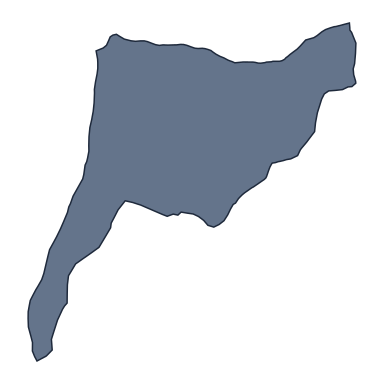 the district of Chhali, Mongar, Bhutan
{"feature_id": "84629894B6753037066473", "entity_name": "Chhali", "entity_type": "district", "adm_level": 2, "iso_a3": "BTN", "parent_name": "Bhutan", "parent_adm1": "Mongar", "projection": "equal_earth", "projection_center": [91.234, 27.295], "detail": "fine", "context": "isolated", "style": "filled", "palette": "slate", "viewbox_px": 384, "rotation_deg": 0, "n_neighbors": 0, "source": "geoboundaries", "source_scale": "gbopen_adm2", "svg_char_len": 2572}
<svg xmlns="http://www.w3.org/2000/svg" viewBox="0 0 384 384"><path d="M355.8,83.2L355.6,81.2L353.7,74.7L353.2,68.9L354.6,63.7L355.5,53.3L355.9,43.1L351.6,32.4L349.9,30.1L349.8,27.5L349.4,23.0L336.0,26.5L334.2,26.7L330.2,27.9L325.5,29.6L321.9,31.8L317.0,35.7L313.8,37.7L307.1,39.6L305.7,40.0L302.0,44.1L300.1,46.2L297.2,49.1L293.7,51.7L290.1,54.4L287.7,56.5L286.0,57.7L284.6,59.3L282.0,60.7L279.5,61.3L277.8,61.3L272.9,61.3L271.3,61.8L266.4,62.1L265.0,62.6L260.7,63.2L258.2,63.1L255.3,62.4L253.1,62.1L243.3,62.0L234.8,62.8L232.1,61.6L230.0,60.9L228.0,60.1L223.9,57.9L220.1,56.4L216.0,54.2L212.7,51.9L210.9,50.5L208.1,49.5L204.9,48.6L202.2,48.3L198.1,48.5L194.9,48.2L191.1,46.9L186.8,45.3L183.5,44.5L180.5,44.4L176.4,44.9L174.4,44.9L167.8,45.1L163.0,44.9L159.4,45.4L155.6,44.7L151.8,43.3L147.4,41.6L144.3,40.9L140.3,40.9L135.5,41.3L131.0,40.8L124.3,39.1L119.7,36.4L116.4,34.3L112.9,35.1L110.2,36.9L108.6,40.7L106.5,45.3L103.2,48.0L96.1,50.9L97.6,59.1L97.8,62.7L97.8,68.4L97.1,73.9L95.5,82.0L94.4,89.4L94.5,93.0L94.1,103.0L93.2,111.5L92.1,117.4L91.8,119.2L89.9,127.5L89.0,136.7L88.8,145.6L88.9,151.2L87.6,158.0L86.7,161.7L85.1,165.1L84.4,170.2L83.8,174.5L82.7,179.0L80.9,182.2L76.7,189.7L73.1,196.1L70.4,203.7L68.8,206.9L67.5,212.4L63.6,221.7L60.5,228.8L56.6,236.8L53.3,242.9L49.6,249.6L47.9,256.3L46.0,264.3L43.8,273.6L41.7,279.7L38.0,286.2L35.8,289.8L32.7,295.7L30.3,300.4L29.5,304.4L28.2,311.6L28.1,318.5L28.4,327.0L30.9,336.2L32.5,342.5L32.4,351.0L34.7,356.7L37.0,361.0L46.3,356.0L52.2,350.0L51.6,341.8L51.4,339.4L52.1,337.1L53.5,332.6L57.6,319.8L58.3,318.4L62.5,309.3L64.6,305.9L67.1,303.1L67.2,294.1L67.4,284.8L68.5,275.7L71.0,271.6L75.6,263.9L82.8,258.8L87.0,255.9L93.5,251.3L99.0,247.3L105.4,236.6L110.6,227.8L111.2,223.1L114.0,217.8L118.1,209.8L125.2,200.8L132.8,202.5L138.0,204.2L140.6,205.0L145.2,207.0L155.6,211.5L162.6,214.5L167.2,216.3L173.2,214.1L177.9,215.1L181.1,212.1L187.1,213.1L193.2,214.0L198.5,216.5L203.7,220.4L207.9,225.3L213.8,227.1L215.8,226.1L219.1,224.5L224.0,220.7L227.7,214.9L230.6,208.9L233.2,204.4L235.5,203.1L238.4,198.7L239.7,197.3L242.2,194.8L244.6,192.8L251.9,187.7L253.3,187.0L255.2,185.7L264.2,179.5L265.8,178.0L266.6,176.4L267.6,173.5L268.5,170.8L269.9,167.1L271.4,164.3L272.2,163.1L275.5,162.6L278.1,161.7L279.9,161.4L281.5,161.0L283.3,160.6L286.5,159.6L290.7,158.9L294.9,156.9L297.6,155.6L299.1,152.4L300.4,149.7L301.7,148.0L306.6,142.2L309.2,138.7L314.6,131.6L315.5,122.8L317.4,112.7L321.7,99.0L324.3,93.9L328.7,90.9L335.3,90.4L342.5,89.6L348.1,86.9L351.9,86.6L355.8,83.2Z" fill="#64748b" stroke="#1e293b" stroke-width="1.5"/></svg>